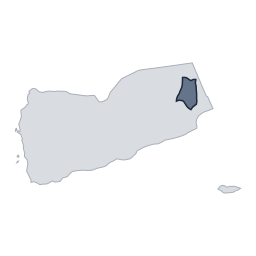 location of Hat, Al Mahrah, Yemen
{"feature_id": "15242507B17941061209277", "entity_name": "Hat", "entity_type": "district", "adm_level": 2, "iso_a3": "YEM", "parent_name": "Yemen", "parent_adm1": "Al Mahrah", "projection": "orthographic", "projection_center": [51.804, 17.432], "detail": "fine", "context": "in_parent", "style": "filled", "palette": "slate", "viewbox_px": 256, "rotation_deg": 0, "n_neighbors": 0, "source": "geoboundaries", "source_scale": "gbopen_adm2", "svg_char_len": 4249}
<svg xmlns="http://www.w3.org/2000/svg" viewBox="0 0 256 256"><path d="M213.0,108.7L203.6,112.2L201.1,113.8L198.8,115.7L197.2,118.1L196.0,122.3L196.9,126.1L196.8,128.2L194.4,129.5L192.1,130.5L189.5,132.0L188.0,132.4L186.7,133.6L185.3,134.4L179.9,136.6L174.1,138.2L164.9,140.2L161.4,142.3L158.1,143.8L153.2,144.2L146.4,146.2L142.6,147.8L137.9,150.4L136.9,151.2L136.1,153.2L134.6,154.9L131.7,157.6L129.6,159.0L128.2,159.1L125.5,159.8L122.2,159.9L116.8,158.8L115.4,159.5L114.2,160.6L110.0,162.4L105.6,166.1L102.5,167.1L97.4,168.2L93.8,169.7L91.5,170.3L88.4,170.5L82.7,170.2L77.4,170.6L72.4,171.5L70.0,173.5L67.3,176.7L62.9,177.8L61.8,179.0L60.4,181.3L57.6,181.8L55.0,182.1L52.5,181.0L47.5,183.7L45.6,184.1L42.8,184.1L40.8,184.6L39.3,184.4L37.6,183.2L33.8,181.7L31.0,182.4L30.9,179.7L26.6,171.1L27.8,163.9L27.8,162.9L27.0,159.6L24.4,156.5L24.7,152.8L23.8,150.1L23.2,147.3L23.5,146.5L23.6,145.9L22.3,141.6L21.9,140.7L21.8,139.8L22.3,139.1L22.3,138.3L21.6,137.0L20.9,134.5L17.3,132.3L18.1,130.5L18.8,131.2L19.8,131.8L20.0,130.6L20.1,129.8L18.8,124.2L21.4,116.9L20.9,110.2L24.5,107.7L25.4,107.0L25.9,106.3L26.8,104.8L27.9,104.3L28.4,102.8L28.4,102.0L27.7,101.3L27.3,99.4L27.5,97.0L27.8,96.1L28.2,94.3L29.4,93.7L29.8,93.1L28.9,92.0L29.0,91.3L31.1,89.5L32.0,88.9L33.3,88.4L34.3,88.5L35.5,88.9L36.6,89.4L37.6,90.4L38.6,91.6L40.3,92.1L41.4,92.0L42.4,92.6L43.2,92.3L44.1,91.8L45.5,91.9L46.8,91.3L50.5,91.1L54.1,91.5L57.8,91.1L61.5,91.2L65.2,91.4L66.0,91.5L66.8,91.9L69.9,93.7L72.3,94.1L77.1,94.7L82.2,95.4L86.7,95.9L90.4,95.6L93.6,95.4L94.4,95.5L95.3,96.5L97.2,99.2L98.9,101.7L102.0,101.9L104.0,101.0L106.3,99.8L107.6,98.8L109.3,94.9L110.3,92.3L112.7,89.4L114.7,87.1L117.3,83.9L118.8,82.1L121.6,78.7L124.3,77.4L129.5,74.8L134.6,72.3L137.9,70.6L140.7,69.9L145.4,69.3L150.9,68.6L156.4,67.9L162.2,67.1L168.8,66.2L173.2,65.6L178.9,64.8L183.7,64.1L187.9,63.5L192.2,62.9L193.1,64.9L193.9,66.8L194.7,68.8L195.5,70.7L196.3,72.7L197.2,74.6L198.0,76.6L198.8,78.5L199.7,80.5L200.5,82.4L201.3,84.4L202.1,86.3L203.0,88.3L203.8,90.2L204.6,92.2L205.5,94.1L206.3,96.0L207.6,96.6L208.4,98.4L209.6,101.0L210.7,103.6L211.9,106.1L213.0,108.7ZM226.4,186.9L227.5,187.1L229.3,186.4L234.5,186.3L240.6,188.3L239.5,188.9L238.8,189.7L236.1,190.5L233.4,192.2L225.6,193.1L223.3,192.6L221.4,191.0L217.9,189.0L219.2,187.6L219.5,187.0L220.0,186.4L222.0,185.4L224.0,185.5L226.4,186.9ZM18.8,157.0L18.5,157.4L18.2,157.3L17.0,156.2L18.3,155.1L19.0,156.3L18.8,157.0ZM16.1,130.9L15.5,131.3L15.4,130.5L15.8,128.8L16.4,128.4L16.8,129.7L16.5,130.3L16.1,130.9ZM18.0,162.2L16.7,162.8L17.6,161.3L18.5,161.0L18.0,162.2Z" fill="#d9dde1" stroke="#a8b0b8" stroke-width="1"/><path d="M176.4,101.2L177.3,100.8L178.7,100.3L179.1,100.2L179.5,100.2L180.2,100.3L181.0,100.5L181.7,100.6L182.1,100.6L182.5,100.7L182.8,100.9L183.1,101.0L183.4,101.3L183.7,101.6L184.1,102.0L184.6,102.9L185.3,103.9L186.4,105.7L187.1,106.6L187.8,107.3L188.5,108.1L189.7,108.9L190.9,109.6L191.0,109.4L191.2,109.2L191.3,109.1L191.4,108.9L191.5,108.8L191.5,108.7L191.7,108.4L191.8,108.3L191.8,108.2L192.0,108.0L192.1,107.9L192.3,107.7L192.5,107.4L192.7,107.2L192.8,107.1L192.9,106.9L193.0,106.8L193.1,106.7L193.3,106.6L193.4,106.4L193.5,106.4L193.7,106.2L193.8,106.2L194.0,106.0L194.1,105.9L194.3,105.8L194.3,105.7L194.5,105.6L194.7,105.4L194.8,105.3L195.0,105.2L195.3,105.0L195.4,104.9L195.5,104.8L195.7,104.7L195.8,104.6L196.0,104.5L196.0,104.4L196.3,104.3L196.3,104.2L196.7,102.6L196.8,100.9L196.7,99.5L196.6,98.9L196.6,98.4L196.6,96.1L196.6,93.0L196.2,89.3L196.2,88.5L196.1,86.1L195.8,84.9L195.4,83.1L195.3,82.9L195.4,82.6L195.8,79.5L194.8,79.5L193.5,79.4L190.9,80.6L188.9,79.4L187.0,78.0L185.6,77.5L184.4,77.4L182.6,77.4L182.5,77.7L182.5,77.9L182.5,78.0L182.5,79.4L182.5,79.8L182.5,80.9L182.4,81.3L182.4,81.9L182.4,83.0L182.3,83.7L182.3,83.9L182.2,84.9L182.2,85.1L182.1,85.7L182.1,85.8L182.0,86.3L181.9,86.7L181.7,87.2L181.7,87.3L181.5,87.9L181.3,88.4L181.3,88.5L181.0,89.0L180.7,89.7L180.5,90.2L180.4,90.4L180.3,90.6L180.2,90.8L180.0,91.4L179.7,92.1L179.4,93.0L179.2,93.3L178.9,94.1L178.6,94.5L178.4,94.8L178.2,95.1L177.9,95.6L177.6,96.1L177.4,96.6L177.1,97.3L177.0,97.7L176.9,97.9L176.8,98.5L176.7,98.7L176.6,99.0L176.5,99.6L176.5,100.0L176.5,100.3L176.4,100.7L176.4,101.2Z" fill="#64748b" stroke="#1e293b" stroke-width="1.5"/></svg>